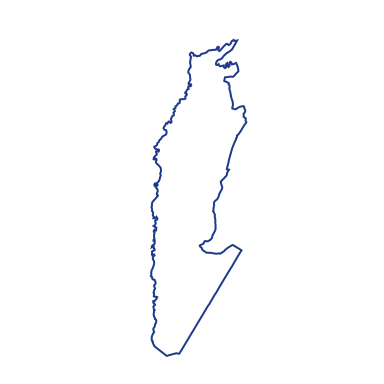 outline of Kathiani, Eastern, Kenya, rotated 212°
{"feature_id": "3690345B54323556821532", "entity_name": "Kathiani", "entity_type": "district", "adm_level": 2, "iso_a3": "KEN", "parent_name": "Kenya", "parent_adm1": "Eastern", "projection": "equal_earth", "projection_center": [37.316, -1.421], "detail": "fine", "context": "isolated", "style": "outline", "palette": "blue", "viewbox_px": 384, "rotation_deg": 212, "n_neighbors": 0, "source": "geoboundaries", "source_scale": "gbopen_adm2", "svg_char_len": 6104}
<svg xmlns="http://www.w3.org/2000/svg" viewBox="0 0 384 384"><g transform="rotate(212 192 192)"><path d="M165.8,84.4L165.6,82.6L165.9,79.4L167.0,79.0L166.5,78.0L165.7,77.4L164.0,77.1L163.5,76.6L164.0,75.6L164.1,74.4L161.9,72.1L161.1,72.0L161.2,70.9L160.6,70.1L160.1,68.7L159.4,67.5L157.8,66.0L156.9,65.6L156.0,64.6L154.9,64.7L154.2,64.1L153.2,62.2L153.2,60.5L152.3,57.9L152.4,56.1L152.0,54.9L149.8,53.0L150.0,51.3L149.7,49.2L149.4,48.0L148.7,46.5L147.3,44.9L146.7,44.3L146.0,44.5L145.2,43.2L144.4,42.6L142.8,42.0L142.3,41.3L126.6,39.6L121.1,45.7L119.7,47.0L117.2,48.0L117.1,51.6L118.1,103.9L117.9,105.6L118.3,117.6L118.1,118.7L118.4,125.8L118.7,142.3L118.7,149.5L119.1,162.5L119.1,168.8L129.1,168.7L129.9,168.0L132.4,162.9L133.3,160.0L133.4,158.9L135.3,154.7L136.5,154.4L137.5,153.4L139.1,152.3L143.7,150.4L147.3,148.4L148.1,148.2L152.3,148.4L154.3,149.8L155.6,149.8L157.0,150.6L156.7,151.6L155.5,153.2L155.0,154.2L155.0,155.2L155.1,156.2L155.0,157.4L153.2,158.0L152.4,158.8L151.3,160.6L151.0,161.7L150.7,163.7L151.5,165.6L151.7,166.7L151.7,168.6L152.0,171.9L152.9,174.0L153.6,174.9L154.6,176.7L155.6,177.7L157.6,181.0L158.8,182.4L159.5,182.9L160.7,185.0L162.0,185.8L162.8,186.6L163.9,186.8L164.4,188.4L165.2,189.8L166.3,192.7L167.2,193.7L167.7,194.5L167.8,195.8L167.6,196.9L166.9,199.0L166.8,200.2L166.9,201.5L167.8,205.0L168.3,210.8L168.7,211.7L169.1,212.4L171.8,214.5L173.1,216.1L172.8,217.3L172.8,218.4L172.3,219.5L171.9,222.0L171.6,222.9L171.5,224.5L171.7,225.5L172.3,226.7L172.5,227.7L172.5,230.5L174.5,229.7L175.5,232.3L176.5,236.0L177.6,238.5L181.1,250.5L182.4,257.7L182.5,259.9L183.1,261.2L182.9,262.3L183.8,263.7L183.2,265.3L183.0,268.7L183.1,277.4L182.8,278.8L182.9,280.0L183.6,280.2L184.3,280.9L185.5,283.0L187.9,283.0L189.8,285.9L189.5,286.9L189.5,288.1L189.8,289.0L190.5,289.8L192.0,290.7L192.7,291.7L193.7,292.2L195.8,290.4L197.1,288.8L197.7,287.7L198.4,286.0L199.2,285.0L202.1,284.2L202.7,285.3L203.4,287.6L204.7,289.3L206.1,290.9L207.3,291.5L207.9,292.3L209.7,293.7L210.2,294.6L211.7,296.0L212.4,297.0L215.1,299.4L216.0,301.5L217.0,302.5L217.9,302.6L218.4,303.8L221.2,303.7L222.3,303.3L223.5,303.2L224.8,306.7L221.9,309.0L220.9,310.1L218.3,311.4L217.7,313.0L217.5,315.3L216.6,318.8L217.5,320.2L219.3,322.1L221.5,323.8L223.1,324.8L224.3,322.8L225.7,321.3L226.4,321.7L227.1,322.6L227.8,322.8L228.6,322.6L228.4,321.3L227.8,319.9L226.9,318.7L227.2,317.4L228.3,317.4L229.0,318.1L229.4,319.0L230.4,320.1L230.8,319.0L230.5,317.6L229.2,315.4L229.6,314.6L230.7,314.6L231.5,315.1L232.2,316.1L234.4,313.7L235.5,313.6L236.5,314.0L237.1,314.5L237.3,313.5L238.0,313.0L238.9,312.7L239.5,313.2L240.0,314.4L240.2,315.9L240.1,316.9L239.5,318.3L238.3,319.4L237.5,321.2L237.3,322.5L237.3,324.1L236.7,326.0L236.3,328.1L235.8,328.7L235.3,330.0L234.5,331.3L234.1,332.9L233.6,334.2L234.0,344.4L235.7,342.9L236.6,342.5L237.3,343.0L238.3,340.7L237.9,339.2L237.9,338.0L238.2,337.0L238.6,336.1L240.7,336.2L241.4,335.7L242.2,332.7L243.1,326.9L243.5,326.0L244.4,326.0L245.0,326.5L245.8,328.9L246.5,329.2L247.2,328.4L247.0,325.5L248.4,324.3L249.3,323.9L249.9,323.2L252.6,321.1L253.4,319.5L253.6,318.1L255.7,315.4L256.8,314.5L257.5,313.4L257.3,312.3L257.9,311.3L259.0,310.6L259.8,309.6L261.7,309.7L262.7,308.6L263.4,309.2L264.0,310.0L264.8,310.2L266.3,310.1L266.8,309.0L266.9,307.7L266.2,306.8L265.1,306.5L264.4,306.1L263.8,304.2L263.1,302.9L262.7,301.6L262.0,300.5L260.6,299.0L259.2,297.1L259.5,296.0L259.5,294.4L259.2,292.8L258.6,291.5L256.0,290.3L255.3,289.7L254.3,288.0L253.0,286.7L252.7,285.7L252.6,283.0L252.2,281.8L251.5,281.8L250.8,282.4L249.9,282.8L249.2,282.1L249.2,281.0L250.9,279.8L250.9,278.9L250.2,278.4L249.5,277.6L250.2,276.8L250.4,275.4L250.0,274.1L250.5,272.7L249.9,272.1L249.2,272.4L248.3,272.3L247.9,271.6L248.3,269.4L247.1,267.9L247.5,266.8L249.7,265.4L251.0,264.4L251.2,263.4L250.1,262.0L249.7,261.1L250.2,260.2L250.9,259.5L250.6,258.5L250.8,257.2L251.4,255.8L250.5,254.7L251.4,252.6L250.4,252.3L249.4,251.5L249.7,249.3L248.5,248.3L248.1,247.2L249.0,245.7L248.7,244.4L248.6,242.8L247.3,241.5L246.4,240.2L246.8,239.3L248.9,239.6L249.3,238.5L249.1,237.0L250.3,236.8L250.2,234.9L250.0,233.6L250.3,232.3L249.9,231.0L249.3,230.6L248.6,230.2L247.8,230.3L247.0,230.7L246.3,230.4L245.6,229.8L244.9,228.6L244.5,227.6L244.7,226.6L246.5,223.3L246.5,220.4L247.1,218.5L246.7,216.8L247.3,215.1L246.7,213.9L246.8,212.5L247.2,211.4L248.0,210.6L247.5,209.9L246.6,209.4L245.8,209.3L244.7,209.5L242.6,210.3L241.9,209.8L241.8,208.6L243.0,208.2L244.0,207.3L243.4,206.5L242.5,206.1L241.8,205.4L241.9,204.2L242.5,202.6L242.6,201.6L242.4,200.5L242.0,199.5L241.3,199.5L240.7,200.0L240.4,201.2L239.6,201.1L238.9,200.0L238.5,198.3L237.5,197.5L235.5,197.2L231.7,196.1L230.9,195.4L229.2,193.0L228.7,190.6L227.9,190.1L227.2,189.4L227.0,187.9L226.1,185.4L225.9,183.4L226.1,181.8L227.0,180.5L227.9,179.6L228.0,178.5L227.1,177.5L225.7,180.1L224.9,179.8L225.1,176.9L224.2,176.3L223.2,176.2L222.4,175.7L221.5,174.7L221.1,172.2L220.4,171.2L219.5,171.3L218.9,170.7L220.2,162.8L219.7,160.5L218.7,159.3L218.3,157.7L216.9,156.4L216.3,155.6L215.9,154.7L214.4,154.2L213.7,153.4L213.1,151.7L212.3,151.1L211.3,150.9L210.8,149.3L209.4,150.2L209.0,152.1L207.1,151.0L207.0,150.1L207.8,148.9L208.0,147.9L207.4,147.2L206.6,146.8L206.0,146.0L206.0,143.4L206.5,142.8L205.3,142.6L204.4,142.9L203.4,142.9L202.7,141.6L202.1,140.2L202.9,139.6L203.7,140.1L203.9,139.0L203.4,138.1L202.4,137.8L201.8,137.0L201.6,135.9L200.3,133.5L199.4,132.9L198.8,132.2L199.3,131.0L198.8,130.2L197.6,130.7L197.2,129.7L196.5,128.9L196.3,127.6L197.0,126.2L197.3,125.3L196.9,124.0L196.4,125.1L195.5,125.4L195.0,124.2L193.9,123.9L193.2,123.5L192.9,122.6L193.8,121.5L194.4,120.5L193.4,118.9L193.1,118.0L192.3,117.4L191.5,118.5L190.9,119.0L190.2,118.4L190.3,117.5L190.7,116.1L190.1,114.9L189.4,114.2L187.6,113.2L186.6,112.1L185.9,110.6L185.6,109.4L185.0,106.9L184.6,103.8L183.6,101.4L182.9,100.8L182.5,100.0L182.3,98.8L180.8,98.7L180.0,97.6L178.9,97.1L177.2,97.7L176.2,97.1L174.5,95.4L174.3,94.2L174.7,92.9L174.0,91.9L172.1,90.5L172.1,89.0L171.5,87.5L171.3,86.2L170.3,85.8L169.1,83.3L168.0,83.5L166.9,84.2L165.8,84.4Z" fill="none" stroke="#1e3a8a" stroke-width="2"/></g></svg>